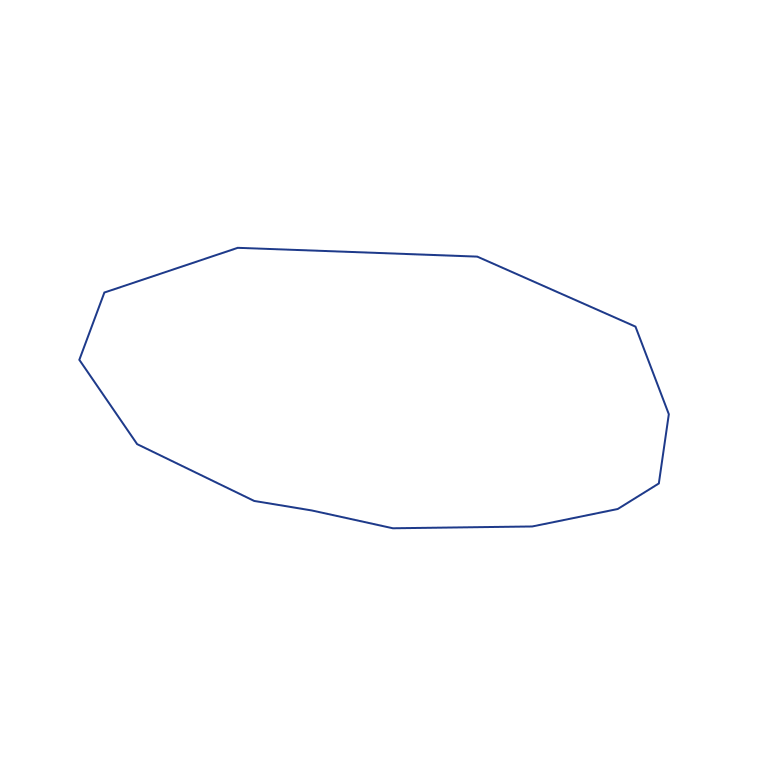 Sottunga, Mercator projection, rotated 121°
{"feature_id": "ALD-4821", "entity_name": "Sottunga", "entity_type": "state/province", "adm_level": 1, "iso_a3": "ALA", "parent_name": "Aland", "parent_adm1": "", "projection": "mercator", "projection_center": [20.666, 60.13], "detail": "fine", "context": "isolated", "style": "outline", "palette": "blue", "viewbox_px": 768, "rotation_deg": 121, "n_neighbors": 0, "source": "natural_earth", "source_scale": "10m", "svg_char_len": 333}
<svg xmlns="http://www.w3.org/2000/svg" viewBox="0 0 768 768"><g transform="rotate(121 384 384)"><path d="M529.6,380.8L551.1,435.0L562.7,564.6L520.2,657.6L449.6,670.8L342.6,579.5L226.8,369.7L205.3,198.0L263.2,124.3L327.7,97.2L370.8,119.3L429.8,183.6L503.1,302.1L529.6,380.8Z" fill="none" stroke="#1e3a8a" stroke-width="2"/></g></svg>